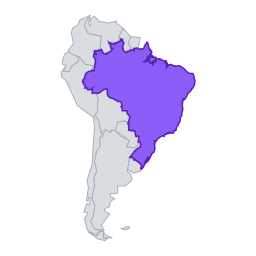 location of Brazil within South America
{"feature_id": "BRA", "entity_name": "Brazil", "entity_type": "country or territory", "adm_level": 0, "iso_a3": "BRA", "parent_name": "South America", "parent_adm1": "", "projection": "natural_earth1", "projection_center": [-55.283, -14.242], "detail": "fine", "context": "in_parent", "style": "filled", "palette": "violet", "viewbox_px": 256, "rotation_deg": 0, "n_neighbors": 12, "source": "natural_earth", "source_scale": "50m", "svg_char_len": 9087}
<svg xmlns="http://www.w3.org/2000/svg" viewBox="0 0 256 256"><path d="M103.1,231.3L105.5,235.1L112.3,237.8L103.5,238.3L103.1,231.3ZM129.7,157.4L127.4,171.5L130.9,174.3L132.1,179.7L125.6,185.8L117.4,186.2L118.0,192.3L116.5,193.5L110.2,193.6L110.7,196.9L114.7,198.5L110.3,201.6L109.5,206.7L105.1,208.4L104.5,210.8L109.6,213.9L101.4,225.2L104.2,230.4L94.8,229.3L90.3,220.6L92.8,217.2L94.8,205.9L91.9,197.5L94.7,185.2L93.6,178.9L96.7,170.7L94.4,161.2L96.4,151.5L100.0,146.3L99.5,138.3L102.5,136.6L105.3,129.3L110.6,132.5L111.7,129.8L114.9,130.0L120.6,136.2L129.2,140.4L126.9,147.0L135.0,147.9L139.4,141.7L140.7,146.3L129.7,157.4Z" fill="#d9dde1" stroke="#a8b0b8" stroke-width="1"/><path d="M103.1,231.3L103.5,238.3L107.6,238.4L104.9,240.6L97.8,238.9L88.2,231.9L97.3,235.8L99.1,232.2L103.1,231.3ZM95.6,115.1L99.0,121.2L101.0,132.8L103.3,133.2L99.5,138.3L100.0,146.3L96.4,151.5L94.4,161.2L96.7,170.7L93.6,178.9L94.7,185.2L91.9,197.5L94.8,205.9L92.8,217.2L90.3,220.6L94.8,229.3L103.2,230.2L97.7,232.1L96.5,235.1L87.3,230.1L84.6,218.6L87.9,212.9L83.9,212.0L86.6,203.6L89.5,204.8L90.4,198.0L88.6,197.1L88.1,201.2L86.4,200.7L88.4,187.6L87.0,180.6L92.0,164.7L94.5,127.8L93.5,117.7L95.6,115.1Z" fill="#d9dde1" stroke="#a8b0b8" stroke-width="1"/><path d="M121.4,228.8L128.0,226.4L130.0,227.8L125.9,229.9L121.4,228.8Z" fill="#d9dde1" stroke="#a8b0b8" stroke-width="1"/><path d="M129.7,157.4L140.2,163.5L141.8,165.8L140.2,171.4L133.6,172.9L127.6,169.7L129.7,157.4Z" fill="#d9dde1" stroke="#a8b0b8" stroke-width="1"/><path d="M95.4,93.0L107.4,89.0L107.2,95.0L121.3,102.4L122.3,110.7L127.8,110.8L129.9,117.1L128.9,123.1L125.3,121.0L117.8,122.0L115.4,130.7L111.7,129.8L110.6,132.5L105.3,129.3L101.0,132.8L99.0,121.2L95.6,115.1L98.0,98.3L95.4,93.0Z" fill="#d9dde1" stroke="#a8b0b8" stroke-width="1"/><path d="M94.2,70.8L85.6,74.1L82.5,81.6L84.8,88.0L87.8,90.0L92.6,88.1L92.5,93.2L95.4,93.0L98.0,98.3L97.3,111.5L93.5,117.7L77.2,105.3L66.0,80.5L61.6,77.0L61.1,72.3L64.3,67.9L63.9,71.3L69.1,71.7L71.3,66.5L77.9,61.7L79.2,56.7L85.0,64.2L93.7,65.6L91.9,69.0L94.2,70.8Z" fill="#d9dde1" stroke="#a8b0b8" stroke-width="1"/><path d="M102.8,52.4L100.9,49.8L94.4,50.8L96.1,53.3L93.8,54.7L95.5,60.3L94.2,70.8L91.9,69.0L93.7,65.6L85.0,64.2L79.2,56.7L72.5,55.2L68.0,50.9L73.4,43.7L71.3,32.5L72.6,28.2L77.8,25.1L80.1,19.7L90.2,15.4L84.5,26.1L88.3,33.3L101.5,36.3L100.2,47.2L102.8,52.4Z" fill="#d9dde1" stroke="#a8b0b8" stroke-width="1"/><path d="M120.5,39.3L113.7,44.0L108.8,43.1L110.3,48.2L112.9,49.2L104.4,54.1L100.2,47.2L101.5,36.3L88.3,33.3L84.5,26.1L85.8,21.8L88.5,17.9L90.3,17.4L88.1,23.7L90.4,26.1L90.1,20.0L94.3,16.1L99.2,21.4L108.7,23.0L117.3,20.9L114.9,21.9L123.3,28.7L118.6,36.7L120.5,39.3Z" fill="#d9dde1" stroke="#a8b0b8" stroke-width="1"/><path d="M132.5,50.2L126.8,52.3L123.6,50.6L122.7,39.9L118.6,36.7L123.3,28.7L130.8,36.7L128.2,43.0L132.5,50.2Z" fill="#d9dde1" stroke="#a8b0b8" stroke-width="1"/><path d="M138.3,48.9L132.5,50.2L129.5,45.5L128.2,43.0L130.8,36.7L140.0,37.4L138.3,48.9Z" fill="#d9dde1" stroke="#a8b0b8" stroke-width="1"/><path d="M78.4,57.1L77.9,61.7L71.3,66.5L69.1,71.7L63.9,71.3L65.8,65.4L62.3,64.0L62.4,60.1L64.8,54.0L68.4,52.0L78.4,57.1Z" fill="#d9dde1" stroke="#a8b0b8" stroke-width="1"/><path d="M128.0,123.8L128.7,130.2L134.7,131.1L135.8,136.4L138.9,136.6L137.5,145.3L135.0,147.9L126.9,147.0L129.2,140.4L115.4,130.7L117.8,122.0L125.3,121.0L128.0,123.8Z" fill="#d9dde1" stroke="#a8b0b8" stroke-width="1"/><path d="M102.8,52.5L104.3,54.0L105.2,53.9L106.3,53.3L106.7,53.7L106.6,54.3L106.9,54.2L107.9,52.9L110.5,51.5L111.1,50.1L112.7,49.4L112.9,48.5L111.0,48.2L111.1,47.7L110.5,45.9L110.5,44.6L109.2,43.2L108.9,42.3L109.5,42.8L110.6,42.8L111.1,43.5L113.0,43.4L114.1,44.6L114.4,44.6L114.7,44.3L114.8,43.2L115.7,42.7L116.4,42.9L117.4,42.6L118.9,41.5L119.7,41.5L120.8,40.3L120.5,39.2L122.2,39.1L122.6,39.6L122.2,41.5L123.5,42.0L123.4,42.5L123.9,43.5L123.0,44.6L123.1,45.4L122.6,47.6L122.9,48.7L123.3,49.0L123.3,50.2L123.6,50.7L124.8,52.0L125.9,52.5L126.9,52.3L126.9,51.8L127.4,51.3L128.2,51.5L128.4,51.1L129.5,50.9L130.2,50.1L130.9,49.8L131.7,50.3L132.7,50.1L134.2,50.4L134.3,49.8L133.7,49.0L134.2,48.2L134.9,48.5L137.0,47.9L137.9,48.8L139.5,49.5L140.5,48.7L141.3,49.1L141.8,48.8L142.1,49.2L142.8,49.3L143.7,48.5L144.6,46.0L146.9,42.2L147.1,42.2L147.8,42.9L149.3,49.4L149.6,49.5L150.0,50.5L151.5,51.0L151.6,52.7L150.5,53.8L149.2,55.8L147.7,56.8L146.4,59.1L146.4,59.9L145.8,60.5L145.6,61.1L144.9,61.1L143.7,61.7L145.0,62.0L145.7,61.8L148.8,59.7L148.9,60.0L148.7,60.3L149.4,62.4L150.2,63.2L151.3,62.6L152.1,63.0L153.3,62.3L152.4,65.4L152.9,64.9L153.6,62.9L154.2,62.6L155.0,61.5L155.8,61.9L156.1,61.5L155.7,61.2L155.8,60.4L156.8,59.0L158.4,58.8L158.8,59.1L158.7,58.7L159.2,58.7L160.5,59.1L161.1,59.8L162.2,60.0L163.9,61.0L164.4,61.1L164.8,62.3L165.5,61.4L166.5,62.3L166.3,62.5L166.7,62.4L167.0,63.4L166.4,64.1L166.7,64.4L167.3,63.8L167.5,64.4L167.1,64.5L166.9,65.1L166.5,67.2L167.3,66.3L167.9,64.8L168.3,64.8L168.0,65.9L168.8,65.1L170.1,64.9L170.4,64.4L171.6,64.7L173.6,65.8L174.7,65.7L175.8,66.2L178.7,65.8L180.2,66.1L184.4,68.9L185.7,70.6L186.9,71.8L187.8,72.2L188.2,72.9L189.8,73.5L191.6,73.4L192.8,73.6L193.7,75.1L194.9,80.8L194.8,83.1L194.4,84.5L193.8,86.3L192.5,88.3L192.0,88.8L191.7,88.8L191.7,89.3L190.2,91.4L188.6,92.5L187.4,94.5L187.4,94.0L186.4,96.8L184.8,99.3L184.0,99.7L184.0,99.0L183.5,98.6L183.0,99.1L183.3,99.5L183.1,100.3L182.5,101.0L182.3,101.8L182.6,101.9L182.4,103.3L182.5,103.5L182.7,103.2L182.3,105.3L182.8,109.4L181.7,113.7L181.8,115.5L180.4,117.3L179.9,121.7L179.3,122.3L178.1,125.1L177.0,126.2L176.5,127.3L176.2,128.2L176.3,129.9L174.3,130.9L173.5,131.8L173.6,132.5L173.3,133.0L170.7,133.1L170.2,132.3L169.9,132.5L170.0,133.2L168.1,133.5L167.9,133.4L168.7,133.2L168.2,132.9L166.0,133.4L165.9,133.9L166.2,134.1L164.0,135.2L163.6,135.9L162.2,135.9L159.7,137.3L156.5,140.0L156.7,140.5L155.9,141.3L155.9,140.9L155.3,140.8L155.1,141.4L154.4,141.1L154.5,141.5L155.3,141.9L154.9,142.6L154.6,142.7L154.8,143.0L154.7,143.9L154.3,144.1L154.6,144.6L154.5,145.6L154.8,147.3L154.6,148.5L154.6,150.2L154.1,151.9L152.8,152.9L151.4,154.5L149.9,158.1L148.1,160.9L145.0,163.7L145.0,162.8L145.4,162.9L146.0,162.6L147.1,161.6L147.5,160.4L148.0,160.3L148.1,159.7L148.8,159.0L148.7,158.1L149.1,158.1L149.1,157.5L147.9,157.9L147.1,156.8L147.2,157.5L147.5,157.9L147.1,159.2L146.9,158.9L146.5,160.3L145.2,161.3L144.6,163.0L144.8,163.9L143.3,167.2L141.4,169.2L140.9,168.9L140.9,167.3L142.0,165.8L140.7,164.7L140.3,163.5L139.1,162.9L138.1,161.6L136.5,160.9L135.3,159.5L134.7,160.1L134.2,160.3L134.1,159.3L131.9,157.0L131.1,157.1L130.8,157.6L129.8,157.3L131.6,155.3L134.5,151.2L135.0,151.2L134.9,150.6L136.7,149.5L137.4,148.4L138.8,148.0L140.2,147.0L140.5,146.2L140.6,144.0L140.0,142.1L139.7,141.8L138.0,141.8L138.5,140.3L138.9,137.0L139.1,136.7L138.0,135.9L136.4,136.6L135.8,136.4L135.1,132.8L135.2,132.1L134.7,131.0L133.5,130.7L132.9,130.1L132.4,130.6L131.5,130.8L128.9,130.3L128.6,130.0L129.0,126.5L128.0,123.7L128.9,123.1L128.1,122.3L129.3,120.0L129.1,119.5L129.9,117.2L128.9,114.9L128.5,114.9L127.3,113.9L127.1,112.2L127.5,110.8L122.3,110.7L122.1,108.1L121.1,106.8L122.0,106.8L121.9,105.2L121.4,103.8L121.6,103.2L121.3,102.4L119.6,101.4L117.6,101.6L116.7,100.3L114.8,99.8L113.9,98.7L113.1,98.7L112.2,98.1L111.5,98.2L110.1,97.9L109.8,97.3L108.4,96.4L108.1,95.6L107.9,95.6L107.3,94.0L107.5,93.2L107.1,91.5L107.5,90.3L107.2,88.9L103.8,89.5L101.4,91.1L100.6,92.1L99.6,92.2L98.9,93.1L98.0,93.5L96.3,93.0L94.2,92.9L93.1,93.4L92.6,93.0L92.2,93.2L92.2,89.2L92.5,87.9L90.5,89.7L87.8,89.8L87.8,89.3L87.2,88.2L84.8,87.9L85.5,86.9L85.5,86.5L83.8,84.3L83.1,82.9L83.3,82.4L82.5,81.7L82.6,81.1L83.3,80.9L83.0,80.1L83.2,79.5L84.9,78.1L84.6,76.8L85.4,75.3L85.6,73.6L88.6,71.5L91.1,71.0L91.6,70.4L92.7,70.3L93.2,70.9L94.0,70.9L95.6,60.5L95.0,59.1L94.9,58.2L93.6,57.0L93.7,54.6L95.4,54.1L96.3,54.4L96.3,53.7L95.8,53.1L94.3,53.0L94.3,50.9L95.2,50.6L99.1,50.8L98.9,50.4L99.0,49.9L99.8,50.7L101.3,49.5L102.1,50.9L102.2,52.6L102.8,52.5ZM152.4,57.3L153.9,57.1L156.0,57.5L155.5,59.5L154.7,60.6L154.7,61.2L154.1,61.6L153.7,61.2L153.5,61.9L152.8,61.6L152.5,62.2L151.9,62.5L151.2,62.2L149.9,62.5L149.2,60.7L149.2,60.3L149.7,60.2L149.3,60.1L149.1,59.6L149.5,57.5L150.6,56.9L152.4,57.3ZM147.7,59.9L145.8,61.4L146.5,60.2L146.5,59.4L146.9,58.7L147.7,58.3L148.0,58.8L147.7,59.9ZM150.6,55.8L152.2,55.8L151.6,56.6L150.4,56.4L150.6,55.8ZM150.4,55.7L150.1,56.6L149.5,56.4L150.3,54.6L150.4,55.7ZM152.9,56.9L152.2,57.0L151.8,56.9L152.8,56.3L153.1,56.5L152.9,56.9ZM149.5,57.0L148.7,57.6L148.4,57.3L148.5,56.9L148.9,56.7L149.4,56.7L149.5,57.0ZM150.9,55.2L150.6,55.4L150.5,54.8L151.2,54.4L150.9,55.2ZM150.5,50.1L150.0,50.2L149.9,49.5L150.4,49.4L150.5,50.1ZM155.2,147.9L154.8,149.3L154.8,148.5L155.2,147.9ZM164.1,135.6L164.2,136.4L163.7,136.2L164.1,135.6ZM154.8,144.6L154.6,144.2L154.9,143.8L155.0,144.0L154.8,144.6ZM167.1,66.3L166.9,66.6L166.9,65.8L167.2,65.6L167.1,66.3ZM183.7,99.8L183.2,100.0L183.6,99.4L183.7,99.8ZM167.4,133.7L166.9,133.9L167.1,133.5L167.4,133.7ZM182.8,101.1L182.6,101.6L182.5,101.3L182.8,101.1ZM166.1,60.9L165.8,61.2L165.7,61.1L165.8,60.8L166.1,60.9Z" fill="#8b5cf6" stroke="#5b21b6" stroke-width="1.5"/></svg>